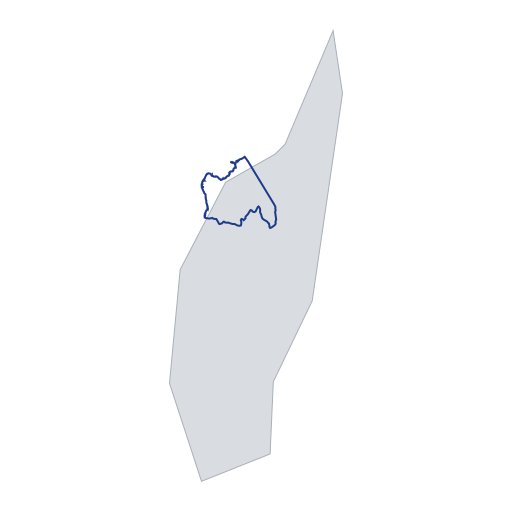 location of Ngetbong, Ngardmau, Palau
{"feature_id": "81905179B3509636164924", "entity_name": "Ngetbong", "entity_type": "district", "adm_level": 2, "iso_a3": "PLW", "parent_name": "Palau", "parent_adm1": "Ngardmau", "projection": "robinson", "projection_center": [134.551, 7.586], "detail": "fine", "context": "in_parent", "style": "outline", "palette": "blue", "viewbox_px": 512, "rotation_deg": 0, "n_neighbors": 0, "source": "geoboundaries", "source_scale": "gbopen_adm2", "svg_char_len": 5323}
<svg xmlns="http://www.w3.org/2000/svg" viewBox="0 0 512 512"><path d="M270.1,453.9L201.5,481.3L169.5,383.3L180.2,269.6L225.6,182.2L275.0,154.2L285.1,144.2L333.1,30.7L342.5,93.3L312.2,300.9L273.3,381.8L270.1,453.9Z" fill="#d9dde1" stroke="#a8b0b8" stroke-width="1"/><path d="M244.7,156.8L244.1,157.2L244.0,157.6L243.4,157.8L242.5,158.3L242.2,158.4L242.1,158.6L241.5,158.9L240.4,159.1L239.9,159.3L239.7,159.4L239.4,159.6L239.4,159.8L239.5,159.8L239.4,159.9L239.0,160.2L238.8,160.2L238.3,160.8L238.3,160.7L238.1,160.9L238.0,160.7L237.6,160.5L237.3,160.6L236.9,160.9L236.7,161.0L236.8,161.1L236.7,161.1L236.6,161.4L236.0,162.2L235.6,163.1L235.4,163.3L235.4,163.5L233.3,162.8L233.4,162.5L232.8,162.3L232.6,162.4L232.3,162.1L232.0,162.3L231.2,162.0L231.1,162.3L231.5,162.4L231.5,162.5L231.9,162.7L232.0,162.4L234.9,163.4L234.7,163.7L234.7,163.8L234.8,164.0L235.0,164.6L235.3,165.4L235.6,166.6L235.9,167.2L235.8,167.6L235.4,167.3L235.2,167.3L234.9,167.4L234.6,167.6L234.5,167.8L234.5,168.0L234.3,168.1L234.2,168.2L234.0,168.5L233.6,168.8L233.5,169.1L233.4,169.4L233.4,169.6L233.5,169.9L233.3,170.1L233.3,170.3L233.2,170.4L233.1,170.7L232.8,171.1L232.7,171.0L232.2,171.3L231.8,171.3L230.9,171.7L230.6,171.5L230.4,171.6L229.9,171.9L229.7,172.3L229.5,172.5L229.3,172.6L229.3,173.1L229.3,173.5L229.7,173.7L229.8,173.9L229.7,174.1L229.2,174.6L229.2,174.9L229.0,175.1L228.9,175.6L228.3,175.9L228.0,176.0L227.8,175.9L227.5,176.1L227.4,176.1L227.2,176.2L227.0,176.3L226.9,176.4L226.7,176.7L226.6,176.8L226.4,176.9L226.2,177.3L226.1,177.6L225.9,177.8L225.7,177.8L225.5,178.0L225.3,178.1L225.2,178.0L224.9,178.4L225.0,178.4L224.9,178.5L224.7,178.6L224.4,178.4L224.1,178.5L223.9,178.5L223.6,178.6L223.4,178.7L223.3,178.8L223.2,178.8L223.1,179.0L222.8,179.1L222.5,179.0L222.5,178.9L222.4,179.0L222.1,179.3L222.1,179.5L221.6,179.6L221.4,179.8L221.0,179.8L220.7,179.9L220.5,179.6L220.2,179.3L220.0,179.1L219.6,178.9L219.2,178.5L219.0,178.4L218.8,178.4L218.7,178.2L218.5,177.9L218.2,177.6L218.0,177.3L217.9,177.3L217.8,177.2L217.7,177.1L217.4,176.9L217.3,176.7L217.1,176.6L216.9,176.6L216.5,176.4L216.2,176.5L216.2,176.4L215.9,176.3L215.6,176.4L215.3,176.7L214.5,176.7L214.2,176.6L213.8,176.3L213.5,176.4L213.4,176.5L213.2,176.4L213.0,176.1L212.4,175.8L212.1,175.8L211.9,175.5L211.9,175.3L211.7,175.6L211.4,175.3L211.3,174.9L211.2,174.5L210.9,174.2L210.5,173.8L209.6,173.5L208.9,173.5L208.4,173.3L208.2,173.5L207.7,173.5L207.3,173.7L207.1,174.1L206.8,174.1L206.6,174.3L206.2,175.1L206.2,175.3L205.5,176.3L205.3,176.8L205.2,177.2L204.8,178.2L204.7,178.7L204.4,178.8L204.0,179.1L203.8,179.4L203.6,179.7L203.5,179.9L203.3,180.1L203.2,180.3L203.3,180.4L203.3,180.5L203.5,180.6L203.6,180.4L204.0,180.4L204.2,180.5L204.3,180.6L204.2,180.6L203.9,180.6L203.3,181.0L203.2,181.1L202.9,181.2L202.8,181.4L202.5,181.5L202.4,181.8L202.2,182.0L202.2,182.4L202.3,182.8L202.3,183.2L202.3,183.3L202.2,183.4L202.2,183.6L202.3,183.9L202.2,183.9L202.1,184.1L201.7,184.2L201.6,185.0L201.7,186.1L201.9,186.1L201.8,186.6L201.8,187.0L202.0,187.0L201.9,187.1L202.0,187.4L202.3,187.5L202.2,187.6L202.5,187.8L202.4,187.9L202.2,188.3L202.2,188.5L202.4,188.8L202.5,189.0L202.9,189.8L203.1,190.5L203.3,190.7L203.5,191.5L204.0,192.1L204.0,192.3L204.1,192.5L204.2,193.0L204.3,193.1L204.5,193.3L204.6,193.5L205.1,194.0L205.3,194.3L205.5,194.4L205.5,194.6L205.6,195.0L205.6,195.9L205.6,197.0L205.8,197.7L205.7,197.8L205.7,198.0L205.8,198.1L205.7,198.8L206.0,199.3L206.0,199.5L206.1,199.9L206.1,200.0L206.2,200.4L206.4,201.0L206.3,201.9L206.3,202.0L206.4,202.5L206.4,202.8L206.5,203.3L206.7,203.9L207.0,204.2L207.0,204.4L207.1,204.8L207.1,205.1L207.4,205.6L207.3,206.1L207.4,206.3L207.4,206.6L207.5,206.7L207.6,206.8L207.5,207.0L207.4,207.1L207.6,207.5L207.7,207.8L207.7,208.1L207.9,208.2L207.9,208.3L207.7,208.2L207.6,208.3L207.4,208.6L207.3,208.8L207.4,209.0L207.5,209.1L207.5,209.3L207.4,209.2L207.2,209.7L206.9,210.0L206.6,210.3L206.4,210.4L206.3,210.6L206.1,210.9L206.0,211.1L206.0,211.4L205.9,211.5L205.7,211.9L205.6,212.2L205.6,212.3L205.4,212.5L205.2,212.9L205.2,213.1L205.3,213.2L205.2,213.3L205.2,213.8L204.9,214.0L205.0,214.2L204.8,214.3L204.7,214.6L204.7,215.0L204.9,215.2L204.8,215.3L205.1,215.6L205.0,215.8L205.0,216.1L204.8,216.0L204.6,216.2L204.7,216.8L204.8,216.9L204.9,217.1L204.7,217.0L204.7,217.3L204.9,217.3L204.9,217.6L205.7,218.0L205.9,218.0L206.2,218.1L209.2,218.6L210.4,218.3L211.3,218.2L212.3,217.9L213.1,218.6L214.2,218.9L216.3,219.0L218.4,222.5L218.8,223.4L219.2,223.9L219.7,224.1L221.9,223.4L223.5,221.7L224.1,221.7L224.9,222.4L226.5,222.7L227.5,222.7L228.4,222.6L230.1,223.3L232.7,224.0L234.6,224.0L237.5,225.5L239.6,225.8L240.9,225.4L241.3,223.8L241.3,221.9L240.8,220.2L241.5,219.0L242.3,219.1L243.3,219.8L243.7,220.2L245.5,218.4L245.4,217.2L245.7,216.5L247.8,214.3L250.0,210.8L250.6,210.0L251.7,210.4L252.7,211.7L254.4,212.1L255.6,211.4L257.8,207.0L258.6,206.5L259.2,207.3L260.0,208.6L260.2,210.4L260.0,211.6L260.4,213.1L261.1,214.4L261.3,215.1L261.6,216.5L262.5,218.6L263.9,219.7L267.2,221.6L268.1,222.9L268.7,223.2L269.0,223.6L269.1,224.5L269.4,225.4L269.4,226.7L269.8,227.6L270.2,228.0L271.8,227.3L272.8,226.5L273.9,225.8L275.4,224.4L275.7,223.3L275.4,222.4L275.7,221.7L275.6,220.9L276.2,219.7L275.1,211.9L275.6,210.5L275.6,209.7L275.3,208.7L275.4,206.8L274.1,204.3L247.9,161.2L244.7,156.8Z" fill="none" stroke="#1e3a8a" stroke-width="2"/></svg>